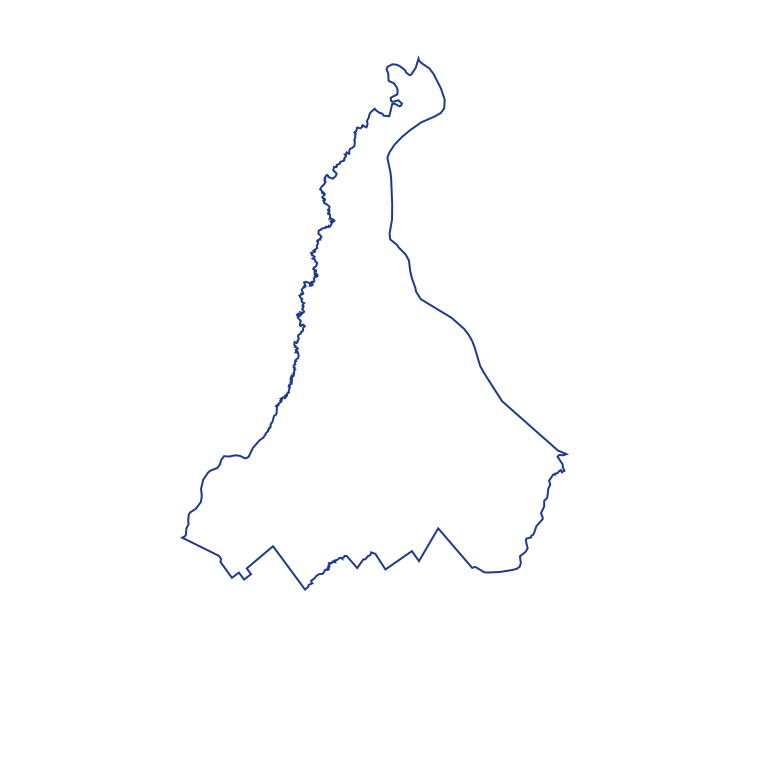 the district of Empedrado, Corrientes, Argentina, rotated 136°
{"feature_id": "61730980B73839587139252", "entity_name": "Empedrado", "entity_type": "district", "adm_level": 2, "iso_a3": "ARG", "parent_name": "Argentina", "parent_adm1": "Corrientes", "projection": "albers", "projection_center": [-58.733, -27.913], "detail": "fine", "context": "isolated", "style": "outline", "palette": "blue", "viewbox_px": 768, "rotation_deg": 136, "n_neighbors": 0, "source": "geoboundaries", "source_scale": "gbopen_adm2", "svg_char_len": 6166}
<svg xmlns="http://www.w3.org/2000/svg" viewBox="0 0 768 768"><g transform="rotate(136 384 384)"><path d="M635.9,413.6L622.1,375.0L622.7,371.3L625.3,369.5L628.0,350.2L619.4,349.1L620.5,340.5L611.8,339.6L610.8,346.7L576.5,344.4L583.6,291.0L579.8,290.7L577.5,291.7L574.0,290.4L573.8,292.0L573.0,293.1L569.2,292.4L566.2,292.9L562.9,292.4L559.7,289.9L555.3,291.2L553.7,289.4L553.1,290.2L552.3,289.4L551.6,291.0L550.9,290.3L549.9,290.6L549.9,292.0L548.3,292.1L548.2,293.3L547.4,293.2L546.5,291.7L545.1,291.5L544.5,292.0L542.8,289.5L542.2,290.1L542.2,291.3L539.5,289.9L536.8,289.7L535.7,288.8L535.4,287.1L534.8,287.8L533.0,287.2L531.8,287.7L530.3,286.3L531.1,270.2L520.8,272.2L519.1,270.9L514.9,271.3L513.2,270.5L512.1,270.6L510.2,271.8L508.2,267.8L511.8,249.6L480.0,244.4L481.9,232.3L445.3,242.5L448.3,190.5L445.8,189.3L445.0,187.8L442.8,179.3L441.0,176.9L431.4,168.4L420.6,160.9L416.8,158.8L413.4,158.3L410.1,160.0L405.9,165.6L398.4,164.9L394.6,166.2L392.0,170.9L389.8,173.7L388.8,173.8L384.7,171.5L383.4,172.5L381.3,172.0L379.2,172.7L373.1,175.9L363.8,176.6L362.7,177.6L360.7,182.1L353.9,184.6L349.9,188.7L345.7,188.7L338.6,194.5L334.3,196.2L332.6,199.4L331.6,200.0L325.0,201.3L324.1,200.0L322.9,200.6L321.2,199.3L318.9,199.7L316.5,199.2L317.4,197.0L314.5,196.2L313.3,199.6L311.3,202.3L309.7,211.1L307.3,211.2L304.3,208.0L301.5,206.8L305.1,215.3L311.0,289.6L304.4,322.5L302.2,330.4L293.4,347.3L290.8,353.4L289.0,360.2L288.1,368.3L289.4,384.6L298.6,419.4L296.8,428.1L294.7,431.3L290.3,441.0L286.5,447.3L280.3,455.5L278.4,462.4L278.6,472.1L278.0,474.8L279.1,483.7L275.5,488.3L263.8,496.9L253.6,507.2L236.1,526.9L232.6,531.4L224.4,544.4L219.4,546.8L209.9,548.9L199.2,549.2L189.4,548.5L175.6,546.4L161.9,541.3L155.0,539.5L149.2,540.5L142.8,546.4L137.9,556.6L133.1,572.2L132.1,579.4L134.1,588.8L134.1,592.4L133.2,594.0L141.6,589.4L149.7,587.6L151.0,588.4L151.4,589.8L151.7,592.8L151.0,594.5L151.1,597.2L152.0,602.3L153.5,605.5L156.0,608.2L161.1,609.7L163.5,608.7L165.1,604.6L169.8,599.3L169.9,598.2L168.0,593.7L168.6,589.2L169.9,586.0L173.3,583.1L180.1,585.2L181.9,583.5L182.3,581.9L181.4,580.7L176.6,578.1L176.3,573.2L178.3,572.4L179.9,572.9L181.6,578.1L183.6,579.7L194.2,572.9L198.0,577.4L197.5,578.3L197.7,580.5L198.8,582.0L199.7,586.6L199.5,588.5L205.0,588.7L207.7,587.7L210.3,586.0L213.5,585.1L215.1,582.6L217.5,581.0L218.5,580.9L219.5,584.9L220.4,585.0L220.8,584.0L223.4,584.3L225.1,587.1L228.5,585.1L229.4,585.6L230.7,585.3L230.4,584.1L230.9,583.3L231.7,583.3L233.2,581.4L236.0,580.1L236.2,579.0L239.9,575.8L242.9,575.9L245.0,576.7L246.9,576.0L249.0,573.8L249.9,574.9L250.0,576.5L251.8,575.6L252.7,576.3L253.0,574.3L256.4,573.7L256.7,572.7L257.8,572.5L261.2,574.2L262.5,573.2L265.6,574.3L266.3,574.2L266.7,573.2L267.7,573.2L269.2,574.8L272.1,572.9L271.9,568.3L273.8,567.2L278.1,567.2L280.2,571.5L279.6,572.1L279.6,573.8L281.1,574.1L284.1,573.1L284.0,572.2L285.4,571.8L285.8,571.0L285.5,570.1L288.1,569.2L291.5,569.3L294.7,568.4L294.5,566.4L295.8,564.3L295.4,563.5L294.5,563.7L294.8,561.5L298.6,561.3L298.9,560.3L298.0,557.9L298.9,557.3L299.5,558.2L300.4,558.0L300.5,556.7L301.3,555.8L300.2,552.2L300.1,549.3L302.0,547.9L303.1,548.3L303.6,547.4L302.9,546.6L304.3,545.3L305.2,545.9L306.0,545.1L305.3,543.3L306.4,541.8L308.1,540.8L307.4,540.6L307.4,539.6L306.7,538.9L307.8,538.3L306.1,536.8L306.2,535.9L308.2,536.0L309.6,537.5L310.0,535.8L313.2,534.7L313.9,534.9L313.9,536.1L315.2,535.7L316.4,537.4L317.1,536.8L321.1,539.1L322.1,538.7L324.1,539.7L324.9,539.4L326.9,537.4L326.5,535.1L327.1,533.0L329.4,533.1L329.6,532.2L332.1,533.6L333.0,533.2L332.9,531.9L333.5,531.2L336.6,529.9L337.7,528.1L341.6,528.9L341.2,528.0L341.6,527.2L342.6,527.3L345.0,528.9L345.7,528.7L345.6,527.4L346.4,526.6L345.7,525.7L345.6,523.6L348.2,523.8L347.4,521.7L347.4,520.7L348.3,520.0L347.9,517.5L350.9,515.9L354.2,516.4L355.1,515.8L353.9,512.9L354.7,512.1L355.3,513.1L356.0,513.1L357.9,510.7L356.1,510.1L356.1,508.8L356.7,507.8L358.3,508.1L357.9,509.0L358.5,509.5L358.9,508.8L361.0,508.8L362.3,506.7L363.3,506.2L364.4,506.7L364.5,507.5L366.6,507.8L366.4,506.8L365.5,506.3L366.6,504.8L367.7,505.1L369.1,506.2L367.5,507.2L367.3,508.1L369.4,512.1L371.0,512.6L372.3,508.9L374.0,508.9L373.9,509.7L377.8,508.9L379.2,505.2L380.0,505.1L380.1,505.9L381.0,506.5L381.7,505.8L383.5,506.3L384.2,502.8L383.8,502.0L385.3,501.5L386.0,499.8L385.2,497.7L387.4,497.6L388.6,496.3L387.9,495.9L388.4,495.3L390.9,494.6L391.0,491.9L392.0,491.3L393.1,491.6L394.2,493.3L394.5,491.6L397.1,491.3L397.6,492.2L396.1,493.5L396.9,494.2L398.6,494.2L398.9,493.4L398.5,492.3L398.9,491.7L399.8,491.6L400.2,486.9L403.0,485.6L403.7,484.7L403.6,483.5L402.8,483.2L402.0,483.7L400.8,482.6L400.9,480.5L402.7,480.7L405.7,478.5L407.5,479.1L408.6,478.1L411.6,478.7L413.0,477.7L413.8,475.7L416.3,475.2L416.9,474.1L418.5,474.3L419.0,476.2L420.7,475.3L421.5,474.0L421.2,472.8L422.2,472.4L421.2,470.1L421.5,469.3L423.9,469.7L424.1,468.8L425.3,468.3L423.7,467.6L423.9,466.6L424.7,466.6L424.8,464.9L426.0,463.4L427.7,462.5L431.1,462.6L431.4,461.6L432.1,462.1L433.1,461.6L434.1,459.7L436.1,460.1L437.6,458.6L436.9,457.8L437.8,457.2L437.8,456.1L439.2,456.2L440.7,454.5L441.8,454.6L441.9,453.5L443.6,452.6L444.3,454.2L445.8,453.7L445.4,452.8L446.0,452.3L447.2,452.5L447.0,451.7L448.1,451.7L447.6,450.7L448.3,450.0L449.9,450.2L449.6,449.0L450.4,448.3L451.3,449.0L453.3,449.1L454.0,448.5L453.1,448.2L453.6,447.3L457.6,445.1L458.3,443.9L460.3,444.5L461.7,443.1L462.4,444.2L463.3,444.3L463.9,443.7L463.6,442.9L464.4,442.6L465.4,442.8L465.2,444.0L465.9,444.5L468.0,445.0L467.6,444.2L469.0,443.3L469.1,444.2L470.2,444.1L470.4,442.7L473.6,443.2L474.3,442.2L475.2,442.2L475.9,443.2L477.0,443.1L476.8,441.9L481.5,437.7L483.3,436.9L485.3,437.4L490.5,434.3L493.7,433.7L495.4,431.9L497.3,432.2L497.6,431.4L499.5,431.4L500.1,430.6L503.4,430.7L504.1,430.0L507.9,429.3L513.0,429.9L522.7,429.1L532.1,425.6L534.8,426.4L535.9,427.6L537.3,431.9L539.2,434.5L541.6,436.8L545.7,439.3L549.2,443.2L553.9,442.4L557.9,440.1L562.4,439.4L569.0,442.2L571.9,442.5L580.4,440.8L588.5,435.6L592.7,430.2L597.5,426.4L606.0,424.9L612.6,426.3L615.2,425.6L618.9,422.6L622.3,418.7L626.5,417.4L631.1,413.2L632.9,412.8L635.9,413.6Z" fill="none" stroke="#1e3a8a" stroke-width="2"/></g></svg>